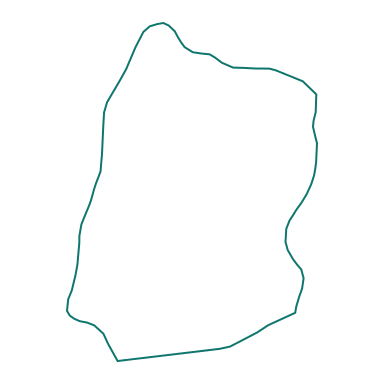 San Gabriel, Suchitepéquez, Guatemala (Robinson projection)
{"feature_id": "79465075B61166037793938", "entity_name": "San Gabriel", "entity_type": "district", "adm_level": 2, "iso_a3": "GTM", "parent_name": "Guatemala", "parent_adm1": "Suchitepéquez", "projection": "robinson", "projection_center": [-91.514, 14.509], "detail": "fine", "context": "isolated", "style": "outline", "palette": "teal", "viewbox_px": 384, "rotation_deg": 0, "n_neighbors": 0, "source": "geoboundaries", "source_scale": "gbopen_adm2", "svg_char_len": 1045}
<svg xmlns="http://www.w3.org/2000/svg" viewBox="0 0 384 384"><path d="M117.6,361.0L219.8,348.8L230.0,346.6L257.1,332.5L268.2,325.2L295.2,312.8L296.3,306.4L299.1,297.0L302.1,288.6L303.6,278.2L301.3,269.5L297.7,265.4L293.2,259.5L287.7,250.0L285.5,242.0L286.3,228.7L289.6,220.4L292.6,215.9L296.4,209.7L301.5,202.7L306.7,194.1L311.2,184.3L314.0,175.7L315.2,169.2L316.1,162.3L317.0,143.3L315.1,135.8L313.0,126.8L313.6,120.6L315.7,112.2L316.3,94.4L302.8,81.3L275.2,70.1L269.1,68.6L254.8,68.5L243.9,67.9L233.1,67.6L222.0,62.8L214.9,57.5L209.6,54.3L201.2,53.5L192.7,52.2L184.7,47.2L181.2,42.5L178.1,37.5L174.8,31.3L168.7,25.5L163.3,23.0L157.6,24.0L149.8,26.3L143.4,31.9L135.5,47.2L126.1,69.3L119.8,80.6L107.1,102.2L104.1,112.3L103.3,125.5L102.0,154.1L100.5,171.6L95.8,183.9L94.1,189.2L91.0,200.3L89.1,205.6L84.6,216.4L81.4,224.4L79.4,235.8L79.3,243.0L77.4,264.7L75.4,275.6L71.8,290.4L68.2,299.3L67.0,310.9L69.8,315.6L74.2,318.7L79.8,321.2L87.2,322.6L94.3,325.4L103.4,333.7L108.0,343.7L117.6,361.0Z" fill="none" stroke="#0f766e" stroke-width="2"/></svg>